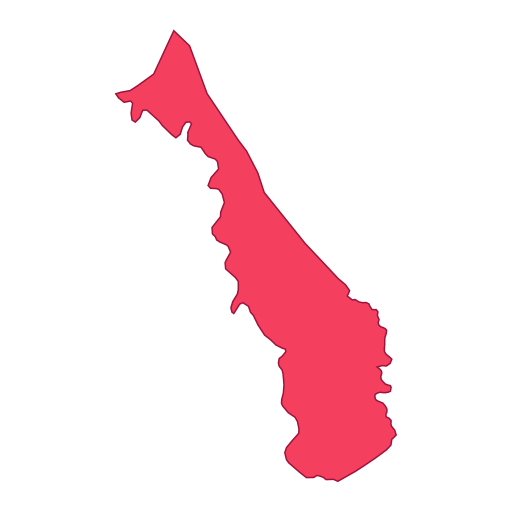 outline of As Suki, Sennar, Sudan
{"feature_id": "16777658B86319641369334", "entity_name": "As Suki", "entity_type": "district", "adm_level": 2, "iso_a3": "SDN", "parent_name": "Sudan", "parent_adm1": "Sennar", "projection": "robinson", "projection_center": [34.157, 12.992], "detail": "fine", "context": "isolated", "style": "filled", "palette": "rose", "viewbox_px": 512, "rotation_deg": 0, "n_neighbors": 0, "source": "geoboundaries", "source_scale": "gbopen_adm2", "svg_char_len": 2631}
<svg xmlns="http://www.w3.org/2000/svg" viewBox="0 0 512 512"><path d="M313.1,477.5L313.1,477.4L314.3,477.1L314.7,477.0L316.6,475.5L319.3,475.9L323.2,477.3L326.1,479.6L328.9,479.5L333.4,479.3L337.8,481.3L338.0,481.2L352.8,472.8L355.0,471.6L365.7,464.6L370.6,461.3L375.6,457.9L386.5,449.8L390.9,445.1L391.8,439.3L392.9,438.3L396.2,435.0L394.7,430.2L391.5,426.2L390.9,424.1L391.1,420.5L389.3,418.4L386.1,416.8L385.9,414.4L386.9,412.0L386.9,409.1L385.7,406.6L382.9,403.1L379.7,401.8L376.5,400.4L375.2,398.6L374.8,395.1L376.7,393.3L380.2,392.2L382.5,392.6L385.4,392.7L388.6,392.1L390.4,391.2L391.1,387.3L390.4,385.6L388.2,385.1L385.4,384.1L382.5,381.2L381.2,379.3L380.8,376.5L381.7,373.6L381.6,371.4L380.0,369.2L377.1,367.0L382.2,365.6L386.4,366.0L390.1,363.4L391.8,359.2L389.9,357.3L386.4,354.5L384.7,352.2L384.3,349.8L384.7,344.9L384.7,340.7L384.9,337.6L386.3,333.2L386.6,330.2L385.4,328.8L383.2,327.6L381.0,326.9L379.1,325.4L378.1,322.7L379.1,319.7L377.4,315.5L377.9,311.8L376.2,309.6L373.9,309.7L371.9,309.4L370.1,306.7L368.9,303.9L366.1,302.5L362.6,302.7L359.1,302.0L355.1,299.5L352.4,300.0L347.2,296.0L348.4,293.7L349.6,290.6L345.5,284.8L338.3,278.7L305.1,243.4L267.5,196.6L264.2,192.5L257.8,172.9L246.6,151.2L238.1,139.9L207.1,93.7L189.6,45.9L173.8,30.7L153.7,74.1L137.6,85.7L130.1,90.6L121.1,92.2L115.8,93.8L118.5,97.8L124.1,102.3L130.6,101.0L132.6,103.2L131.1,113.1L132.0,119.9L135.3,122.1L139.8,117.7L141.9,112.2L142.9,110.2L146.9,110.1L158.9,120.9L162.4,125.6L171.8,134.7L175.9,137.8L180.2,134.3L182.5,127.0L185.8,122.4L189.7,121.8L191.5,123.9L187.7,132.7L188.0,133.9L187.5,140.2L190.5,144.0L193.7,145.8L201.1,147.3L205.3,153.6L208.1,156.6L215.3,159.1L217.5,161.7L218.6,169.0L211.1,177.5L208.1,185.5L210.5,188.3L216.4,188.6L218.8,189.4L222.2,194.1L224.4,202.6L220.8,211.8L220.6,213.5L220.5,216.7L212.0,227.5L212.3,231.6L212.4,233.7L213.3,234.9L214.4,235.7L215.3,236.8L216.7,240.0L219.6,241.9L226.4,244.8L228.1,246.2L230.6,252.2L226.4,259.8L225.1,262.7L225.6,268.8L228.4,271.3L235.5,277.6L238.3,281.5L238.3,289.5L237.4,294.0L232.8,301.5L230.9,307.8L232.0,312.2L233.8,313.5L239.7,304.1L242.9,302.7L248.5,306.3L250.5,312.2L253.6,315.7L254.4,317.5L258.1,325.1L264.7,335.2L270.4,339.6L276.0,345.0L282.5,348.3L285.3,349.0L285.8,351.7L282.1,356.3L279.2,358.5L278.4,362.9L279.2,366.3L282.1,370.0L283.0,373.4L283.6,380.0L284.0,384.9L283.3,393.5L281.7,399.5L281.5,403.4L282.8,406.2L288.3,412.7L295.1,417.3L297.5,421.6L299.0,429.2L298.7,433.4L291.9,441.0L286.5,447.6L284.8,452.7L285.7,456.5L286.5,459.7L288.8,462.9L299.6,472.2L306.4,477.6L312.6,477.5L312.9,477.5L313.1,477.5Z" fill="#f43f5e" stroke="#9f1239" stroke-width="1.5"/></svg>